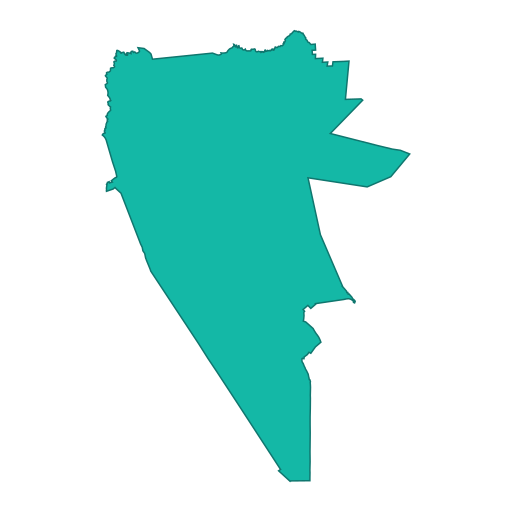 outline of Juan Aldama, Zacatecas, Mexico
{"feature_id": "50627088B44222614313729", "entity_name": "Juan Aldama", "entity_type": "district", "adm_level": 2, "iso_a3": "MEX", "parent_name": "Mexico", "parent_adm1": "Zacatecas", "projection": "mercator", "projection_center": [-103.312, 24.255], "detail": "fine", "context": "isolated", "style": "filled", "palette": "teal", "viewbox_px": 512, "rotation_deg": 0, "n_neighbors": 0, "source": "geoboundaries", "source_scale": "gbopen_adm2", "svg_char_len": 5773}
<svg xmlns="http://www.w3.org/2000/svg" viewBox="0 0 512 512"><path d="M102.3,135.0L103.4,135.9L104.2,136.7L105.2,138.0L106.1,139.8L112.6,162.1L115.6,171.2L116.8,176.5L116.7,176.6L116.7,177.0L116.4,177.4L115.4,177.6L113.4,179.1L111.3,180.8L112.3,182.1L109.6,182.9L109.4,182.3L108.8,182.3L108.9,181.8L107.4,182.4L107.2,183.8L106.9,183.8L106.5,184.3L106.9,184.9L106.4,188.3L106.6,189.2L106.4,190.4L106.5,191.3L113.2,189.0L115.0,187.5L115.9,188.5L121.0,193.2L140.6,244.0L142.2,247.2L142.9,250.8L144.5,253.1L144.9,254.3L145.5,257.5L145.8,258.6L146.0,258.8L146.4,260.1L150.1,269.1L150.8,271.2L198.5,343.5L208.0,358.5L216.7,371.5L238.7,405.1L280.2,468.9L280.6,469.4L278.6,470.8L290.1,481.3L290.5,480.9L309.9,480.7L309.9,477.8L310.0,472.7L309.9,469.9L310.1,461.9L310.0,451.5L310.2,432.9L310.1,424.8L310.1,416.8L310.3,408.8L310.4,398.2L310.3,395.5L310.5,387.4L310.4,384.9L310.2,382.3L310.4,382.0L310.4,381.4L309.8,379.7L309.3,379.6L308.9,377.5L308.7,376.9L308.2,374.2L306.5,370.7L305.4,368.9L305.2,368.1L304.2,366.1L303.2,363.5L302.2,362.0L301.9,360.8L302.0,358.6L302.3,358.3L303.2,358.6L303.9,358.7L303.9,358.2L304.1,358.0L304.1,357.0L307.4,354.5L309.0,352.3L310.8,353.3L315.4,346.9L320.9,342.2L320.1,340.1L318.8,337.3L317.6,335.5L316.0,333.4L314.3,330.7L313.1,328.5L305.8,322.0L303.3,321.1L303.7,319.1L304.0,315.7L303.8,312.3L304.6,311.3L303.8,310.4L303.1,309.5L307.9,305.4L310.8,308.4L312.7,306.8L315.9,304.0L315.6,303.6L317.0,303.4L336.1,300.6L343.7,299.5L346.5,298.9L348.8,298.7L350.6,299.2L353.9,301.1L353.9,302.0L353.4,302.0L353.5,302.4L354.6,302.9L355.2,301.4L355.0,300.9L354.2,300.0L353.3,299.2L352.5,299.4L352.6,298.6L351.9,297.2L349.1,294.0L348.2,294.2L347.8,292.5L346.8,292.5L346.6,291.3L343.2,287.3L342.4,286.5L342.6,286.4L320.4,234.7L308.0,177.8L367.2,186.9L390.8,176.7L409.7,154.0L400.4,150.3L392.3,149.1L377.4,145.5L330.3,133.5L362.7,100.2L361.1,98.9L345.4,99.4L349.0,61.1L343.7,61.4L333.0,61.8L332.4,66.0L327.1,66.1L327.8,62.0L322.4,62.3L322.9,58.2L315.4,58.6L315.6,54.3L312.4,54.4L312.1,50.3L315.6,50.1L315.3,45.9L315.2,44.1L310.9,44.5L310.4,44.0L309.1,42.5L308.2,42.3L308.0,42.1L307.6,41.6L307.0,40.2L305.7,39.3L305.6,38.9L305.8,38.3L305.8,37.9L305.2,37.3L304.1,35.2L303.2,34.2L303.1,33.9L303.1,33.4L302.8,33.1L302.0,33.3L300.9,32.6L300.5,32.2L298.8,31.4L298.3,32.0L296.0,31.0L295.5,31.3L294.3,30.7L292.3,32.7L291.6,33.7L290.2,34.1L289.9,35.2L288.9,36.0L287.3,36.8L286.8,37.8L286.5,37.8L285.5,38.6L284.9,39.8L285.2,40.2L285.4,40.9L284.6,42.2L284.4,42.3L284.0,42.0L283.8,42.1L283.8,43.0L284.1,43.6L284.0,43.8L283.9,43.8L283.7,43.8L283.5,43.6L283.3,43.5L283.2,43.6L283.1,44.0L283.2,44.6L283.1,45.0L282.6,45.6L282.1,45.8L280.9,45.6L280.4,46.1L280.2,46.5L278.8,46.3L278.4,46.4L277.4,47.5L276.9,47.6L275.4,47.0L275.1,47.1L275.0,47.4L275.0,48.0L274.8,48.4L274.4,48.5L274.3,48.8L274.2,49.7L273.7,50.2L273.2,50.2L273.0,49.8L272.8,49.1L272.6,49.0L271.8,49.2L271.5,49.5L271.6,49.9L271.5,50.2L270.1,50.9L269.9,50.8L269.8,50.4L268.2,50.8L267.4,50.4L267.1,50.7L266.9,51.2L266.5,51.3L266.0,51.2L265.7,51.3L265.5,50.9L265.5,50.2L265.2,50.0L264.9,50.2L264.7,50.6L265.0,51.5L264.3,51.9L263.7,51.8L263.5,52.3L263.2,52.3L262.6,51.7L261.8,52.0L261.7,51.6L261.4,51.6L261.1,52.4L260.9,52.5L260.5,51.8L260.3,51.6L259.1,51.6L258.4,51.2L257.1,51.9L256.6,51.8L255.8,51.4L255.4,50.5L255.2,49.4L254.8,49.0L254.3,48.9L253.2,49.3L251.4,49.2L251.0,49.7L251.2,50.1L251.1,50.4L250.9,50.7L250.5,50.9L247.1,50.9L246.4,50.8L245.8,50.3L245.3,49.1L244.5,49.8L244.0,50.0L243.4,49.9L242.9,49.7L242.4,49.4L242.2,48.9L242.2,48.6L241.9,48.1L241.4,48.0L240.5,48.3L239.9,48.0L239.2,47.3L239.1,46.1L238.9,45.7L238.6,45.8L238.3,46.4L238.3,47.4L238.1,47.8L237.8,47.9L237.5,47.8L236.9,46.8L236.7,46.2L236.7,45.4L236.6,45.2L236.3,45.2L236.1,45.6L235.9,46.8L235.7,46.9L235.2,46.6L234.5,44.8L234.0,44.4L233.7,44.3L234.0,45.4L233.5,46.4L232.7,47.0L232.0,47.9L230.5,48.4L229.8,48.8L229.2,49.3L227.9,50.7L227.0,52.2L226.3,52.6L225.2,52.9L222.6,53.1L221.1,52.9L221.4,53.5L221.1,54.3L219.1,55.1L217.4,54.9L212.5,53.1L152.5,59.2L151.0,54.0L149.6,52.5L144.1,48.5L138.0,47.7L139.4,50.6L139.5,51.3L138.6,52.4L137.2,53.1L136.2,53.2L135.4,52.6L134.8,51.9L133.5,52.5L132.8,51.2L131.4,51.4L130.8,52.3L131.0,53.6L129.6,53.1L127.1,52.7L126.3,53.6L126.5,54.3L127.6,54.5L127.7,54.8L127.5,55.2L127.2,55.3L126.0,55.2L125.5,54.9L124.9,54.3L124.5,53.8L124.1,52.7L123.9,52.3L123.6,52.2L122.6,52.5L121.6,52.6L121.4,52.8L121.4,53.1L121.1,53.2L120.7,52.9L120.0,51.7L119.5,51.4L117.6,50.4L117.1,50.4L116.8,50.5L116.5,53.0L116.0,53.5L116.0,54.0L116.1,54.3L116.1,55.0L116.5,55.4L116.5,56.3L115.8,56.0L115.4,56.3L115.1,57.2L114.5,57.4L114.3,57.8L114.3,58.4L114.9,58.8L115.1,58.8L115.8,59.4L116.1,59.7L116.4,60.5L116.2,61.1L114.7,61.2L114.0,61.6L114.0,62.6L114.4,63.3L114.2,64.3L113.8,65.4L114.4,66.0L114.6,66.7L114.3,67.2L113.5,67.7L111.4,67.9L110.6,68.2L110.5,68.8L110.5,70.2L110.3,71.0L109.3,71.9L108.5,72.2L107.9,72.1L106.8,72.5L106.5,72.8L106.5,73.2L106.9,74.3L106.7,74.5L105.5,75.4L105.4,75.7L105.5,76.0L106.9,77.6L107.2,78.1L107.2,78.5L106.8,79.7L106.9,81.6L107.4,82.6L107.4,83.2L106.4,84.0L105.3,84.6L105.6,87.2L107.4,89.5L108.0,91.9L108.0,93.8L107.7,95.4L109.5,97.6L109.9,98.5L110.1,98.7L110.2,99.7L110.8,100.5L110.3,101.0L109.5,101.0L108.1,101.6L107.8,102.0L107.9,102.7L108.3,103.9L108.1,104.7L109.9,106.5L110.5,106.8L110.3,108.8L110.5,109.3L110.6,110.4L109.1,111.6L107.8,113.1L107.2,114.4L107.3,115.5L105.9,116.3L106.7,117.9L107.5,118.4L107.8,118.9L107.9,119.2L107.8,119.4L107.2,119.8L107.2,120.1L107.6,121.5L106.8,122.1L106.6,123.1L106.3,123.6L106.1,124.3L106.0,126.0L105.7,126.5L105.6,127.0L106.0,127.9L105.8,128.1L105.2,128.3L104.9,128.7L104.8,129.2L105.0,130.3L104.4,130.8L104.4,131.3L104.8,132.1L105.1,132.5L105.1,133.0L104.8,133.3L103.9,133.3L103.0,133.9L102.3,135.0Z" fill="#14b8a6" stroke="#0f766e" stroke-width="1.5"/></svg>